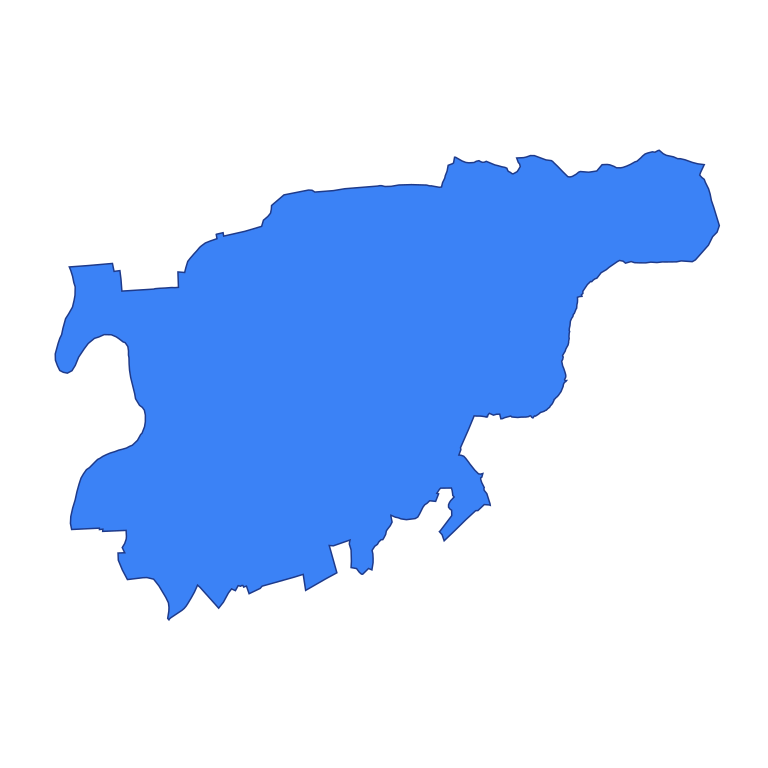 Petru Rares, Bistrita-Nasaud, Romania, rotated 92°
{"feature_id": "2599482B85386243781565", "entity_name": "Petru Rares", "entity_type": "district", "adm_level": 2, "iso_a3": "ROU", "parent_name": "Romania", "parent_adm1": "Bistrita-Nasaud", "projection": "natural_earth1", "projection_center": [24.004, 47.209], "detail": "fine", "context": "isolated", "style": "filled", "palette": "blue", "viewbox_px": 768, "rotation_deg": 92, "n_neighbors": 0, "source": "geoboundaries", "source_scale": "gbopen_adm2", "svg_char_len": 6147}
<svg xmlns="http://www.w3.org/2000/svg" viewBox="0 0 768 768"><g transform="rotate(92 384 384)"><path d="M625.8,592.0L627.2,590.7L626.4,590.3L625.2,589.1L617.3,578.1L615.3,575.9L612.9,574.0L609.9,572.2L604.1,569.0L598.6,566.2L591.5,563.3L593.6,560.8L613.8,541.4L607.7,536.9L598.3,532.2L594.1,529.2L595.7,525.3L590.6,522.7L591.1,520.2L590.3,519.1L590.3,518.0L591.9,517.1L591.2,515.7L590.8,514.4L598.3,511.5L592.6,500.6L590.3,498.8L580.1,466.8L577.5,459.4L577.1,458.1L593.0,455.1L580.8,435.5L574.3,424.5L547.3,433.1L547.5,429.0L541.1,412.5L543.0,412.9L545.1,413.1L551.0,411.1L562.3,410.4L568.6,410.5L569.4,405.0L573.0,402.1L574.8,399.9L574.8,398.6L568.9,393.0L570.2,389.6L563.0,388.7L558.9,388.8L554.2,389.2L550.7,390.1L546.5,387.6L544.5,385.0L541.9,383.6L539.7,381.4L539.6,379.8L537.9,378.8L534.3,377.1L530.7,376.5L528.4,375.0L525.4,372.8L521.7,371.1L515.8,372.5L514.9,372.5L516.7,368.0L517.2,365.1L518.2,362.3L518.8,356.9L517.4,348.1L515.8,345.6L512.4,343.8L505.8,340.8L503.3,339.1L501.7,336.8L499.1,334.3L499.5,328.3L491.9,325.6L491.4,327.4L487.3,324.9L486.1,323.8L485.6,313.0L488.0,312.2L491.2,311.6L492.9,311.4L494.5,310.0L498.3,313.3L500.1,314.4L502.4,315.3L504.9,315.2L506.8,313.6L507.8,312.0L513.2,311.7L528.7,322.6L529.6,323.5L532.6,320.7L538.6,318.4L528.0,308.1L516.9,297.6L507.4,288.0L507.2,285.7L501.0,279.6L501.2,274.5L501.5,273.6L499.9,273.9L490.0,277.4L486.7,280.2L484.8,280.5L484.0,280.2L479.1,282.9L476.1,284.0L474.4,284.1L473.7,283.0L470.0,282.1L470.7,284.3L470.5,286.4L467.0,290.2L460.8,295.5L459.3,296.6L455.5,299.7L453.4,301.8L452.5,304.6L452.4,306.7L447.0,304.9L444.9,305.3L426.4,297.9L412.7,292.8L412.8,290.5L412.7,286.2L413.1,282.2L413.5,280.7L412.9,280.5L413.2,279.5L411.1,278.9L409.6,277.7L411.3,273.5L410.3,270.5L410.1,267.3L414.7,266.0L414.5,264.4L413.4,262.2L411.6,256.2L412.5,255.1L412.8,249.2L412.3,245.8L412.1,241.2L411.6,238.5L410.8,237.2L410.7,236.3L412.1,235.2L412.7,234.0L410.7,232.6L410.8,231.5L409.6,229.7L408.3,228.0L406.9,226.5L406.3,224.6L405.6,222.9L404.8,221.8L404.5,220.9L402.8,219.3L401.5,217.7L400.1,217.0L398.4,215.5L397.0,214.7L394.3,213.5L393.5,213.5L392.6,212.3L391.7,211.7L390.6,210.4L389.1,209.2L385.4,206.8L380.2,204.9L378.9,204.8L377.4,204.4L376.0,203.6L375.2,202.4L374.2,201.7L374.3,202.7L373.9,203.4L373.2,203.7L372.0,203.1L370.7,202.6L369.5,202.6L368.2,202.8L366.0,203.5L362.2,204.9L359.6,206.1L355.0,207.2L353.0,206.2L351.9,206.1L351.2,205.9L350.6,205.9L350.2,206.3L349.2,206.5L344.9,204.1L342.7,203.5L340.5,202.4L338.6,201.4L335.9,200.9L335.0,201.0L332.0,200.5L330.4,200.8L326.9,200.7L325.0,200.3L324.0,200.8L321.9,200.7L319.2,200.2L314.7,199.9L311.9,198.8L310.0,197.6L307.8,197.2L306.9,196.3L302.7,194.8L301.5,194.1L298.1,194.0L295.5,193.5L293.0,193.5L290.6,193.7L289.8,191.6L289.5,189.2L287.9,189.8L286.6,188.4L284.4,188.5L277.5,184.2L274.3,181.1L274.5,180.0L273.0,178.7L271.6,177.0L270.8,174.9L265.2,170.9L261.9,165.7L259.5,163.1L253.5,155.0L252.3,152.9L252.9,149.3L254.8,146.9L253.0,141.3L254.0,137.9L254.0,133.0L253.8,126.6L252.9,121.6L253.1,115.4L252.3,110.1L252.2,106.3L251.7,95.8L250.6,91.3L251.0,80.2L249.1,77.1L233.9,64.6L225.3,60.7L220.6,56.4L214.0,54.4L195.7,60.7L189.2,63.2L182.8,64.7L177.7,66.4L171.2,69.9L168.3,71.1L166.5,73.6L164.2,75.8L161.3,74.9L153.6,71.6L153.0,78.1L151.8,83.5L149.4,91.0L148.5,95.7L148.6,98.3L146.9,102.5L145.6,109.8L144.1,113.0L140.8,117.1L141.2,118.4L142.9,121.3L142.6,123.9L143.9,128.4L145.0,131.1L147.1,133.5L148.9,135.1L152.6,139.0L153.2,140.9L156.0,145.5L157.8,149.2L159.2,152.8L159.7,155.1L159.8,159.2L158.5,161.7L157.1,165.9L156.8,168.5L157.0,171.4L157.2,173.7L163.7,178.8L165.2,186.8L164.8,195.2L165.5,196.9L167.6,199.2L170.0,203.1L170.6,205.4L170.4,207.5L165.7,212.6L160.3,218.2L156.9,222.0L155.7,223.2L154.9,224.6L154.4,229.9L150.5,241.7L150.6,245.6L152.2,249.7L152.9,252.4L153.5,259.3L157.9,257.5L159.3,256.2L161.9,255.4L164.9,257.0L167.1,258.3L169.4,262.1L169.4,263.3L168.1,265.1L167.5,266.5L166.6,267.7L164.1,268.7L163.3,270.7L162.8,273.8L161.8,277.8L161.2,280.8L157.9,289.6L158.9,291.6L159.0,293.6L158.3,295.4L157.5,296.9L158.2,299.6L159.5,301.7L160.0,306.9L159.7,310.0L158.4,313.7L154.9,320.4L154.9,321.4L160.6,322.2L161.4,323.2L163.2,327.5L169.1,328.4L173.6,330.0L176.2,330.5L180.7,332.5L185.1,333.4L185.5,335.5L184.3,343.7L184.4,345.1L184.1,346.7L183.7,348.3L183.8,363.6L184.6,376.1L186.2,383.7L186.6,389.9L185.9,393.2L185.9,395.0L186.4,397.2L190.2,429.9L192.5,441.3L194.6,459.8L192.9,462.6L192.8,466.2L198.5,490.6L209.5,502.6L213.3,502.7L217.3,503.4L220.7,506.0L224.5,510.2L230.7,511.8L236.3,528.5L241.8,549.4L238.4,550.1L240.2,556.8L240.3,556.9L244.6,556.0L247.1,562.5L249.3,567.5L252.4,571.4L253.9,573.0L257.5,575.8L260.4,578.3L265.0,582.0L268.3,584.4L274.7,586.1L279.5,587.1L279.2,593.8L280.1,593.8L294.6,592.8L295.0,596.3L295.0,599.5L295.1,600.6L295.7,605.8L296.2,611.8L296.7,616.0L297.2,617.5L300.3,649.2L288.6,650.5L279.9,651.9L280.9,657.7L273.0,659.6L276.0,684.2L278.0,702.6L281.5,701.0L287.2,699.0L293.5,697.5L297.7,696.0L306.1,695.9L311.0,696.6L318.0,698.0L324.9,701.6L329.8,704.5L339.5,706.8L345.9,707.9L349.7,709.6L354.8,711.1L365.4,713.6L371.7,713.2L377.1,711.0L381.8,708.5L383.5,704.9L384.2,700.8L381.6,696.3L376.2,693.2L367.8,690.1L359.4,684.9L353.8,681.0L348.5,675.0L346.9,670.5L344.4,665.4L344.3,658.2L346.2,653.3L347.9,650.6L351.0,646.3L351.7,644.1L355.5,641.3L359.9,640.5L364.0,640.4L366.6,639.8L373.1,639.4L379.0,638.8L386.3,637.4L402.5,632.8L407.4,631.8L413.8,627.6L415.8,624.7L418.5,622.6L423.4,621.4L430.1,621.2L435.0,621.8L441.6,624.1L443.0,625.4L448.9,628.4L454.0,633.4L455.2,636.1L457.0,639.2L458.4,643.4L459.3,646.7L461.0,650.7L462.5,655.1L464.4,659.2L466.2,662.6L468.1,665.2L469.4,667.6L471.7,669.8L477.8,675.4L480.0,678.4L484.3,681.2L488.6,683.5L494.8,685.3L502.3,687.1L510.6,688.6L518.8,690.8L527.4,692.4L534.3,692.5L540.3,691.1L538.0,663.4L539.4,663.3L538.9,659.9L541.1,660.0L539.3,636.6L545.3,636.1L547.9,636.2L552.5,637.6L556.6,639.9L560.1,638.1L561.7,637.2L562.2,643.9L567.6,643.5L569.3,643.4L579.0,639.0L588.4,633.6L586.0,618.2L585.7,614.2L587.1,607.4L593.6,601.9L604.9,594.6L610.2,591.8L614.7,591.1L618.5,591.1L621.6,591.5L625.8,592.0Z" fill="#3b82f6" stroke="#1e3a8a" stroke-width="1.5"/></g></svg>